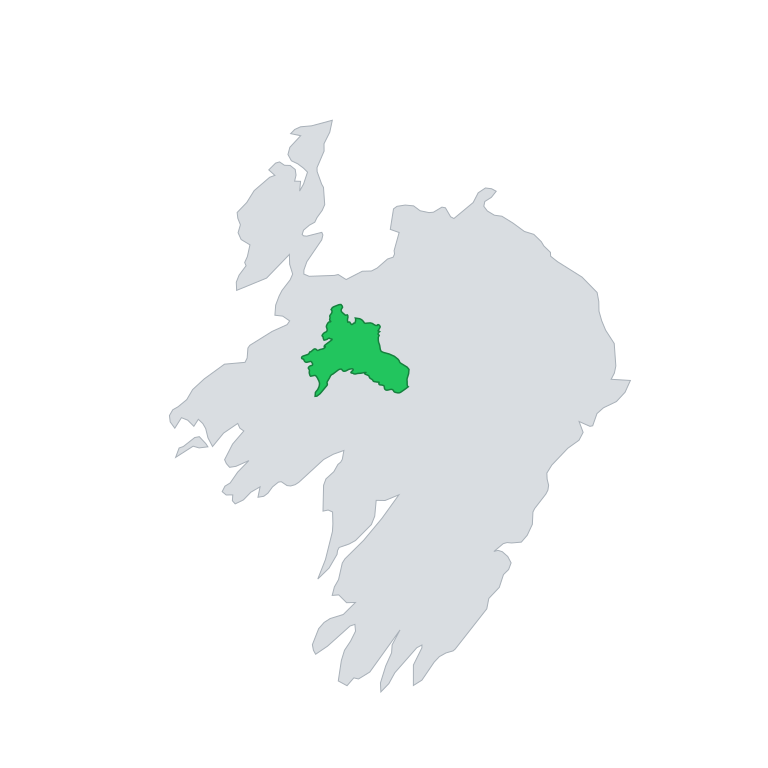 location of Roscommon within Ireland, rotated 321°
{"feature_id": "IRL-727", "entity_name": "Roscommon", "entity_type": "County", "adm_level": 1, "iso_a3": "IRL", "parent_name": "Ireland", "parent_adm1": "", "projection": "natural_earth1", "projection_center": [-8.318, 53.695], "detail": "fine", "context": "in_parent", "style": "filled", "palette": "green", "viewbox_px": 768, "rotation_deg": 321, "n_neighbors": 0, "source": "natural_earth", "source_scale": "10m", "svg_char_len": 7866}
<svg xmlns="http://www.w3.org/2000/svg" viewBox="0 0 768 768"><g transform="rotate(321 384 384)"><path d="M484.0,165.3L468.1,173.7L465.7,176.8L461.3,189.5L460.7,193.1L450.8,207.3L445.2,210.2L436.7,212.5L432.0,214.7L425.9,213.6L418.3,213.8L414.5,216.3L414.7,218.2L417.0,220.5L431.1,227.0L430.3,229.7L426.3,232.8L401.0,240.4L393.5,245.0L390.9,248.1L393.6,253.2L413.8,268.4L417.3,270.1L420.3,279.0L438.1,282.7L445.4,288.3L451.7,289.6L465.4,289.1L470.9,291.2L474.0,289.6L475.8,286.7L491.1,275.8L486.2,267.8L501.6,253.9L505.9,254.1L513.1,258.3L519.1,264.2L521.1,272.1L526.8,279.1L530.5,281.6L540.3,283.0L542.6,285.7L541.0,296.0L542.5,299.4L567.5,299.1L577.5,294.7L586.2,295.5L590.5,300.0L592.5,304.8L585.0,306.5L577.2,305.6L573.4,308.7L573.2,314.6L576.0,322.3L581.2,327.8L585.5,340.1L589.1,353.8L594.6,362.0L595.8,372.3L595.1,377.3L596.2,386.4L593.9,389.6L595.8,398.1L605.2,425.6L607.2,447.0L602.8,455.1L596.9,462.7L593.0,471.8L590.1,481.6L588.4,497.4L575.5,515.9L569.9,520.5L563.5,523.3L577.7,536.3L566.2,542.1L553.6,543.9L539.6,540.6L530.9,541.0L519.9,547.8L517.4,546.5L512.0,535.9L508.3,546.9L500.2,550.4L486.4,549.6L463.4,552.6L454.5,555.7L450.9,560.6L448.2,566.3L444.6,569.6L440.5,571.4L422.7,575.6L419.2,577.2L411.0,586.4L400.1,591.7L391.2,593.3L383.2,587.9L379.9,584.7L376.2,583.1L364.0,583.3L367.9,585.0L370.4,588.8L371.6,596.0L370.2,603.0L364.1,606.6L356.9,607.3L345.6,614.6L330.5,616.6L322.4,623.4L272.6,634.8L269.8,634.9L262.9,632.0L255.5,630.7L248.0,631.7L227.1,638.0L217.1,636.8L230.0,620.9L247.4,612.9L249.2,610.7L243.5,609.6L210.7,615.2L199.2,619.9L187.8,621.3L193.1,614.1L207.9,604.2L220.7,597.7L226.2,591.8L241.7,585.2L191.7,598.9L178.6,597.2L175.6,593.4L165.4,595.2L161.6,586.0L176.8,572.1L185.7,566.1L196.2,562.8L206.3,558.2L210.1,552.5L205.3,550.7L175.2,552.2L160.8,551.0L161.6,546.5L164.3,541.5L179.3,533.0L187.4,531.6L194.6,532.4L207.3,537.5L224.3,535.8L217.3,530.4L216.1,519.4L210.7,515.7L217.7,510.5L225.6,507.4L238.9,496.9L243.6,495.3L269.7,492.7L297.9,487.1L325.8,479.5L311.5,475.2L304.7,469.5L293.6,480.9L285.7,485.3L263.3,487.7L256.2,486.4L246.3,482.8L243.1,484.2L240.2,486.9L225.4,492.5L209.8,493.9L228.0,483.6L251.1,466.2L256.2,460.6L263.5,451.1L261.3,446.8L256.6,444.4L273.3,424.7L279.2,421.2L289.8,420.6L297.6,417.5L301.1,417.5L304.2,416.3L311.0,410.4L300.5,406.7L289.6,404.7L255.9,406.8L251.5,406.3L247.3,404.5L244.7,401.9L242.7,395.3L240.2,393.8L232.6,393.8L225.1,395.8L219.9,395.6L214.8,392.7L223.0,385.9L212.5,384.3L201.8,385.6L192.9,383.5L192.7,379.3L196.7,375.0L191.5,370.9L190.5,365.8L196.1,363.3L202.2,364.1L214.8,360.4L230.8,358.5L217.1,354.8L211.6,351.6L211.4,346.7L212.5,342.5L228.5,335.4L245.5,332.3L244.2,327.7L245.5,322.6L228.4,321.2L211.4,324.7L213.3,315.1L217.4,306.4L218.3,300.7L217.5,294.6L209.6,297.2L208.7,288.6L205.4,282.7L193.6,286.7L194.0,278.9L197.4,273.5L203.6,271.1L209.6,272.1L220.9,272.0L231.8,267.9L247.5,266.9L272.5,268.2L289.6,279.7L294.0,277.7L300.9,270.4L304.1,269.5L330.0,272.7L346.1,276.9L350.4,275.6L348.0,267.5L342.5,261.9L349.5,254.5L357.9,249.6L363.6,247.1L376.6,244.0L382.2,241.1L386.0,231.6L392.0,223.8L359.4,227.8L328.4,218.5L333.3,211.9L339.9,208.2L351.2,205.3L352.2,201.9L358.0,199.0L367.4,191.5L363.9,181.8L365.8,174.6L372.6,169.9L374.7,163.2L377.8,158.3L391.5,156.6L404.8,152.0L425.2,151.4L430.5,153.2L429.2,145.1L438.8,144.1L442.6,145.7L444.3,151.4L448.6,155.1L450.0,161.4L447.1,166.3L442.2,170.1L446.7,174.0L439.8,181.0L447.3,178.0L457.9,171.2L457.3,165.6L455.5,158.5L452.5,152.2L453.8,145.2L459.8,140.8L475.5,138.6L469.0,130.7L474.8,130.0L481.0,131.6L490.2,137.8L509.8,146.5L500.3,154.2L488.6,159.5L484.0,165.3ZM208.0,318.3L207.6,322.0L200.1,317.3L196.5,312.2L175.9,309.9L184.5,304.8L188.7,306.3L203.2,306.5L207.3,308.7L208.0,318.3Z" fill="#d9dde1" stroke="#a8b0b8" stroke-width="1"/><path d="M411.4,389.6L409.6,391.5L405.4,394.3L404.5,395.2L403.7,396.4L401.5,399.2L400.9,400.6L401.1,401.4L397.5,401.3L391.7,400.9L390.6,400.6L389.8,400.1L389.0,399.4L387.7,397.8L387.2,397.0L387.0,396.2L387.2,394.7L387.2,394.4L387.1,394.0L386.8,393.2L386.2,392.7L385.3,392.1L383.5,391.3L382.5,390.7L381.8,390.1L381.5,389.2L381.4,388.6L381.5,388.0L381.9,387.2L382.7,385.9L382.8,385.5L382.7,385.1L382.3,384.3L381.9,383.7L380.4,382.2L380.0,381.6L380.0,381.0L380.2,380.5L380.9,379.9L381.2,379.6L381.0,379.3L380.8,379.0L379.7,378.0L378.5,376.6L378.1,376.2L377.8,375.8L377.5,375.2L377.5,374.7L377.7,373.7L377.6,373.2L377.4,372.4L377.1,371.7L376.8,370.9L376.8,370.4L376.8,369.9L377.3,368.5L377.3,368.1L377.2,367.8L377.0,367.1L375.6,364.6L375.5,364.2L375.6,363.7L376.0,363.6L376.9,363.5L376.4,363.0L372.7,361.0L370.3,359.3L367.9,358.1L367.3,357.5L366.9,357.0L366.8,356.5L366.5,356.0L365.5,354.8L365.5,354.3L365.9,354.1L366.4,353.9L368.5,353.8L369.0,353.6L369.2,353.2L369.2,352.8L369.0,352.4L368.7,352.1L368.2,351.7L366.4,350.7L365.5,350.4L362.8,349.9L361.8,349.5L360.9,348.9L360.6,348.5L360.4,348.1L360.3,347.6L360.3,347.2L360.3,346.0L360.1,345.5L359.6,345.1L358.7,344.6L358.0,344.4L357.4,344.3L350.5,344.1L349.3,343.8L348.6,343.8L347.6,344.0L345.2,345.1L341.8,346.3L340.9,346.8L340.3,347.3L340.2,347.8L340.0,348.3L339.8,348.6L339.4,348.9L338.9,349.2L330.9,350.8L330.4,350.9L328.1,351.3L324.2,351.2L322.7,350.2L325.4,347.4L326.9,347.0L327.5,346.9L328.1,346.8L329.2,346.5L332.0,345.1L332.4,344.8L334.1,343.2L334.7,342.2L335.3,340.7L336.1,337.1L336.2,335.6L336.1,334.5L335.9,334.1L335.6,333.8L335.2,333.5L331.9,331.8L331.8,331.1L332.0,330.3L332.8,328.5L333.5,327.6L334.4,326.8L334.8,326.2L335.0,325.5L335.0,324.4L335.3,323.9L335.7,323.6L336.6,323.4L337.3,323.4L338.0,323.5L339.5,324.1L340.1,324.3L340.7,324.0L341.2,323.4L341.5,322.0L341.6,321.1L341.4,320.5L341.1,320.2L337.6,318.5L337.3,318.2L337.0,317.9L336.8,317.5L336.6,317.0L336.6,316.5L336.6,315.9L337.1,314.2L336.9,313.8L336.3,313.0L336.2,312.5L336.3,312.0L336.7,311.5L337.5,311.2L338.5,311.3L343.4,313.1L344.7,313.2L346.5,312.4L347.4,312.9L347.9,312.9L351.3,312.8L351.9,313.0L352.4,313.2L352.7,313.6L352.9,313.9L353.1,314.4L353.2,315.5L353.4,316.0L353.7,316.3L354.1,316.5L355.9,316.9L358.1,318.0L359.2,318.4L359.9,318.5L360.6,318.5L361.2,318.4L361.7,318.2L361.9,318.0L361.7,317.6L361.4,317.5L361.1,317.3L361.3,317.0L361.8,316.8L362.8,316.6L371.0,316.9L371.5,316.8L371.8,316.5L371.6,316.0L370.9,315.3L370.6,314.8L370.5,314.4L370.3,313.9L369.9,313.7L369.4,313.5L368.2,313.5L367.6,313.4L365.5,312.5L365.2,312.3L365.0,312.1L365.0,311.9L365.2,311.4L365.3,310.8L366.1,309.3L366.3,308.6L366.2,308.0L366.2,307.6L366.6,307.2L368.3,306.7L369.3,306.6L370.2,306.6L371.4,307.0L372.1,307.0L373.2,306.8L373.5,306.6L374.0,306.1L374.6,304.9L375.1,303.5L375.6,302.8L376.6,302.2L378.7,301.3L379.7,301.2L380.5,301.2L381.2,301.8L381.6,302.0L382.0,301.9L382.1,301.2L382.0,300.7L382.0,300.2L382.3,299.7L383.3,299.0L383.9,298.4L384.3,297.5L384.8,296.9L385.8,296.5L387.8,296.0L388.8,295.4L389.2,294.9L389.7,294.2L389.7,292.9L392.0,292.1L393.8,292.4L398.6,293.9L399.9,294.6L400.6,295.2L400.6,296.9L400.5,297.4L400.3,297.8L400.1,298.2L399.8,298.5L398.7,298.7L397.4,299.4L396.6,300.5L396.5,301.9L397.2,305.8L397.4,306.4L399.0,307.2L398.8,308.3L398.0,309.3L397.6,309.8L396.9,310.2L395.6,311.6L394.8,313.2L395.9,313.9L396.3,314.3L396.1,316.5L396.2,317.3L397.0,317.8L398.9,317.7L399.6,318.3L400.9,317.6L402.0,316.7L402.8,315.7L403.2,314.7L406.2,318.0L407.1,320.0L407.4,322.7L407.1,323.5L407.3,324.6L407.8,325.2L409.4,326.2L410.5,327.0L411.8,327.9L413.1,329.7L413.6,331.5L414.3,333.2L415.7,334.3L416.5,334.0L417.1,334.5L417.4,335.6L417.1,337.0L416.5,337.5L412.9,338.9L413.2,339.3L413.6,340.6L412.7,340.5L411.9,340.7L411.3,341.0L410.8,341.4L410.7,341.9L410.8,342.5L410.9,343.1L408.8,344.2L406.9,346.7L406.0,348.3L405.3,350.4L404.8,351.5L403.1,354.4L402.6,355.7L402.4,356.6L402.5,357.1L402.9,358.1L403.5,359.2L406.9,363.9L409.5,369.0L410.5,373.6L410.4,375.4L409.9,377.0L410.0,378.1L412.6,385.5L412.6,388.4L411.5,389.5L411.4,389.6Z" fill="#22c55e" stroke="#15803d" stroke-width="1.5"/></g></svg>